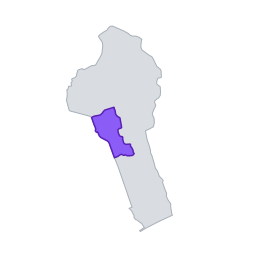 Donga on a map of Benin (orthographic projection), rotated 341°
{"feature_id": "BEN-2182", "entity_name": "Donga", "entity_type": "Department", "adm_level": 1, "iso_a3": "BEN", "parent_name": "Benin", "parent_adm1": "", "projection": "orthographic", "projection_center": [1.891, 9.258], "detail": "fine", "context": "in_parent", "style": "filled", "palette": "violet", "viewbox_px": 256, "rotation_deg": 341, "n_neighbors": 0, "source": "natural_earth", "source_scale": "10m", "svg_char_len": 3735}
<svg xmlns="http://www.w3.org/2000/svg" viewBox="0 0 256 256"><g transform="rotate(341 128 128)"><path d="M105.9,229.9L105.6,228.8L111.0,227.4L109.9,223.0L106.5,217.9L105.2,216.9L104.5,214.4L105.3,212.7L104.9,211.6L104.6,208.1L102.9,204.3L106.0,204.2L106.0,191.9L106.0,180.1L106.0,170.0L106.0,162.1L105.5,152.5L105.4,145.5L105.3,136.3L104.2,133.4L99.5,128.5L98.3,126.0L98.1,122.6L97.0,119.2L97.0,113.1L96.9,106.1L96.5,105.0L91.5,101.6L84.4,96.8L79.0,93.2L78.6,92.9L78.1,92.0L78.9,81.3L80.0,79.9L81.8,75.5L82.6,72.0L83.4,72.0L84.5,70.9L85.4,69.2L86.3,69.5L87.9,69.9L88.6,69.3L88.5,68.0L89.0,66.6L90.2,66.0L90.6,64.8L90.6,63.5L91.7,63.1L93.5,63.2L95.0,62.7L96.2,62.0L97.7,59.3L98.6,58.3L98.8,57.6L99.7,57.0L102.1,56.8L104.1,57.0L105.3,58.6L113.7,57.2L117.7,58.0L125.8,51.0L127.6,49.0L130.0,44.0L130.9,42.2L131.6,38.8L130.0,32.5L130.1,31.4L133.4,30.1L137.6,29.0L139.2,28.9L140.3,28.4L141.8,27.1L144.3,26.1L145.7,26.4L146.6,26.6L155.5,34.8L159.3,39.0L160.3,41.1L162.3,42.6L165.2,43.6L167.9,45.7L169.9,48.7L168.6,50.8L166.6,55.2L166.5,58.6L171.5,65.8L172.0,66.6L173.3,67.7L174.0,69.0L174.6,72.6L175.0,76.6L175.4,79.3L177.8,83.1L177.9,84.6L176.3,90.3L175.9,90.9L175.5,91.1L172.9,90.6L171.9,91.2L170.5,93.2L169.6,95.1L169.6,95.9L171.9,99.4L170.5,104.6L169.0,107.8L166.4,109.7L164.1,110.1L162.4,111.0L161.5,112.1L161.6,115.8L158.2,119.2L156.3,121.5L155.4,122.9L155.8,127.3L154.6,131.7L152.4,135.1L147.6,135.9L143.6,136.3L142.3,145.1L142.3,150.7L142.0,156.4L141.3,158.7L141.6,162.0L141.3,169.3L140.8,175.2L141.5,176.7L141.9,180.1L141.9,183.7L143.0,186.1L144.1,188.3L144.0,189.4L143.4,190.1L142.9,191.0L143.0,199.3L143.2,201.8L142.9,203.4L142.0,204.7L142.4,208.9L143.1,211.6L143.8,213.6L143.1,215.2L142.5,217.4L141.6,222.9L141.6,224.9L127.8,226.3L112.4,228.5L105.9,229.9Z" fill="#d9dde1" stroke="#a8b0b8" stroke-width="1"/><path d="M97.2,122.0L96.7,121.5L96.3,120.7L96.2,120.0L96.4,119.6L97.0,118.7L97.2,118.3L97.2,117.9L97.2,117.3L97.3,116.9L97.3,116.5L97.1,115.0L97.0,112.4L97.0,108.8L96.9,106.4L97.3,106.2L99.2,105.8L100.6,105.9L102.2,106.1L103.5,106.4L105.6,106.6L107.2,106.2L108.6,105.5L109.7,104.7L110.8,104.0L112.1,103.5L121.3,103.8L121.6,104.5L121.5,104.8L121.4,104.9L121.2,105.4L121.5,107.0L121.5,107.6L121.2,108.6L120.9,110.3L120.9,110.9L120.9,111.3L121.6,113.1L121.6,113.3L122.1,114.0L122.7,114.7L123.3,115.2L123.6,115.8L123.6,116.2L122.3,124.7L122.2,125.2L122.0,125.4L121.8,125.5L121.7,125.6L121.4,125.8L121.2,125.8L120.0,125.8L119.2,125.8L118.7,125.9L118.5,126.0L118.3,126.1L118.0,126.3L117.5,127.8L117.4,128.9L117.3,130.8L117.4,131.8L117.6,132.5L117.8,133.0L118.0,133.2L118.2,133.5L118.4,133.6L118.6,133.8L119.6,134.2L119.7,134.3L119.8,134.4L119.9,134.7L120.0,134.9L120.0,135.1L119.9,135.3L119.6,136.0L119.4,136.8L119.3,137.9L119.2,138.3L119.1,139.9L119.2,140.5L119.3,141.2L119.4,141.4L119.6,141.7L119.8,141.9L120.0,142.2L120.2,142.4L120.5,142.6L121.2,142.9L124.5,143.8L124.8,144.0L125.0,144.2L124.7,145.3L124.4,146.4L124.7,146.8L125.0,147.2L125.5,150.2L125.1,153.0L125.3,153.8L125.5,154.0L125.2,154.4L124.8,154.7L124.5,154.9L124.1,155.1L123.6,155.3L122.8,155.3L122.6,155.3L122.4,155.2L121.5,154.9L121.1,154.8L120.3,154.8L120.1,154.8L120.0,154.7L119.6,154.4L119.4,154.3L118.5,154.1L118.2,153.9L117.9,153.7L117.6,153.5L117.2,152.8L117.0,152.7L116.9,152.6L116.7,152.6L115.6,152.6L115.4,152.5L115.2,152.5L115.0,152.4L114.8,152.3L114.7,152.2L113.8,151.3L113.6,151.1L113.3,150.9L113.0,150.7L112.8,150.7L112.4,150.7L111.8,150.8L109.0,151.6L108.6,151.6L108.4,151.6L107.8,151.7L106.1,151.6L105.5,151.6L105.4,147.1L105.4,144.1L105.3,140.4L105.3,136.3L105.1,135.4L104.9,134.6L104.2,133.4L102.2,131.3L99.6,128.5L99.4,128.3L98.8,127.3L98.3,126.0L98.1,122.6L97.7,121.7L97.2,122.0Z" fill="#8b5cf6" stroke="#5b21b6" stroke-width="1.5"/></g></svg>